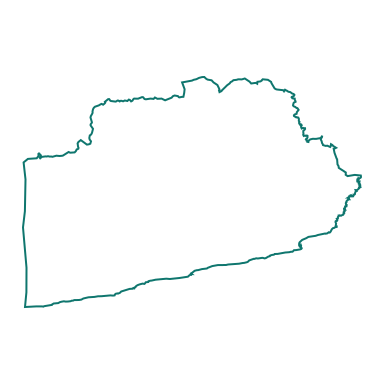 the district of Komenda-edina-eguafo-abirem Municipal, Central, Ghana
{"feature_id": "2480657B89828953333594", "entity_name": "Komenda-edina-eguafo-abirem Municipal", "entity_type": "district", "adm_level": 2, "iso_a3": "GHA", "parent_name": "Ghana", "parent_adm1": "Central", "projection": "mercator", "projection_center": [-1.414, 5.13], "detail": "fine", "context": "isolated", "style": "outline", "palette": "teal", "viewbox_px": 384, "rotation_deg": 0, "n_neighbors": 0, "source": "geoboundaries", "source_scale": "gbopen_adm2", "svg_char_len": 5938}
<svg xmlns="http://www.w3.org/2000/svg" viewBox="0 0 384 384"><path d="M25.0,307.0L36.3,306.4L41.9,306.4L43.5,306.6L44.1,306.2L51.9,304.9L52.0,304.5L53.7,303.5L58.2,303.1L60.0,302.1L61.6,301.7L63.9,301.3L65.7,301.6L68.1,301.5L70.6,301.2L71.7,300.7L72.9,300.7L74.2,300.1L79.0,300.0L81.4,299.6L83.3,298.5L88.4,297.3L94.5,296.9L97.9,296.3L101.7,296.2L110.4,295.4L113.0,295.6L114.6,295.4L115.0,294.4L115.9,293.7L117.7,293.4L118.0,293.6L119.8,292.9L121.2,291.5L129.6,288.9L132.8,288.7L133.2,288.0L133.6,287.9L134.4,288.3L134.8,287.3L135.6,287.0L136.2,286.0L137.7,285.1L139.6,284.4L142.6,283.6L144.4,283.9L144.9,283.5L145.7,282.3L148.3,282.0L148.5,281.2L150.3,280.7L151.5,280.6L155.6,279.7L166.3,278.7L169.9,279.0L179.4,278.0L187.9,276.7L189.5,275.2L190.1,274.9L190.9,274.9L190.8,274.1L191.7,274.1L191.3,273.8L191.2,273.3L192.4,272.6L194.6,270.8L196.8,270.2L198.2,270.1L201.9,269.1L206.9,268.5L207.8,267.8L212.2,266.1L217.7,265.1L226.0,265.0L228.1,264.5L239.1,263.7L242.7,263.0L244.1,262.9L247.0,262.2L248.0,261.7L249.2,260.4L253.8,258.8L254.4,258.9L256.2,258.3L257.8,258.5L261.8,257.9L262.9,257.9L264.6,258.4L265.8,258.1L268.3,256.6L269.8,256.2L269.9,255.7L270.2,255.5L272.2,254.9L273.9,254.7L274.7,254.0L277.7,253.9L285.3,252.5L289.3,252.2L291.1,251.7L292.1,251.8L292.7,251.6L294.0,250.2L296.1,250.1L300.1,249.4L301.3,248.9L301.7,248.2L300.8,247.5L301.1,245.7L300.9,245.2L300.3,246.5L299.7,246.5L299.1,245.2L299.2,243.2L299.7,242.2L302.2,239.9L306.2,238.2L308.4,236.9L315.7,235.8L317.9,235.0L325.1,233.5L325.5,233.7L327.2,233.4L328.7,232.3L329.3,232.6L330.0,232.4L330.7,231.5L331.8,229.3L332.9,228.2L334.2,227.9L334.7,227.4L336.7,226.9L336.7,226.4L336.3,226.4L335.7,225.7L336.1,223.6L335.5,222.1L335.6,221.3L336.1,220.9L336.8,221.0L337.3,220.3L337.4,219.9L336.8,218.8L337.9,218.3L337.9,217.0L338.7,216.2L338.6,215.5L339.9,215.3L340.4,215.7L341.2,215.7L342.4,214.9L343.0,214.9L343.5,214.4L343.5,213.7L344.1,213.2L343.9,212.9L344.1,212.5L343.7,212.1L344.7,211.1L344.2,210.3L344.1,209.1L345.1,209.4L344.6,208.1L345.2,207.5L345.1,206.6L345.6,206.6L345.9,206.0L346.5,206.1L346.7,204.9L346.0,204.3L345.8,203.2L346.4,202.3L346.2,202.1L346.6,201.1L347.4,200.4L347.6,199.9L348.3,199.7L348.2,199.0L349.1,199.1L348.7,198.5L349.0,197.9L348.9,197.5L348.2,197.5L348.8,197.1L349.2,196.2L350.0,196.2L350.4,195.3L351.0,195.2L351.3,196.3L351.9,196.0L352.3,196.4L353.2,196.3L353.5,194.7L354.0,194.9L354.9,194.2L355.1,192.8L355.6,191.8L355.6,191.2L356.5,191.0L355.9,190.1L357.0,190.2L359.0,188.4L358.9,187.6L359.1,187.3L359.7,187.6L360.5,187.1L360.1,186.4L360.3,185.1L360.1,184.8L359.4,185.4L359.2,185.0L359.8,184.0L359.7,183.5L359.2,183.1L358.7,183.2L358.7,182.3L359.4,181.9L359.5,181.5L357.9,181.6L358.0,180.8L357.3,181.0L357.3,180.4L357.9,180.0L357.3,179.7L357.4,179.2L358.0,179.0L358.3,178.2L358.9,178.8L360.7,177.6L361.0,177.0L360.8,175.5L354.7,174.9L347.6,176.1L345.7,174.8L345.8,172.5L338.8,167.9L338.5,166.0L337.5,164.4L337.1,159.2L336.7,158.8L334.5,152.8L333.7,148.8L334.1,148.8L336.1,147.8L333.2,146.0L332.4,145.0L331.0,144.2L330.7,146.3L330.2,147.0L327.3,145.7L325.7,145.9L323.0,145.1L322.8,144.2L322.1,143.2L321.6,141.1L320.8,139.5L320.8,139.0L322.0,137.1L322.2,135.7L321.2,137.5L320.4,138.1L316.0,138.9L312.8,138.8L310.2,139.4L308.6,140.7L308.4,142.0L307.3,141.8L307.3,141.2L306.5,140.6L306.7,140.1L306.6,139.5L306.0,139.2L306.3,138.7L307.0,138.5L307.5,137.5L307.5,135.8L306.9,135.5L306.4,135.8L305.6,135.6L305.2,135.9L304.6,135.8L304.1,135.5L303.7,135.8L303.2,134.8L303.5,133.6L303.3,132.7L303.3,130.9L304.8,129.5L305.1,128.9L305.0,128.2L304.0,128.2L303.0,127.9L301.7,128.5L301.1,127.2L301.1,126.2L301.7,125.5L301.4,124.6L300.9,124.3L300.3,125.0L299.2,123.5L299.1,122.6L299.5,121.9L298.8,120.9L298.9,118.9L298.3,117.6L297.6,117.6L296.8,117.1L296.2,117.4L294.0,116.0L293.9,115.3L294.6,114.5L296.6,113.8L296.8,112.2L298.6,109.9L297.4,108.1L296.7,108.1L295.2,106.9L294.1,106.5L293.4,106.0L293.0,105.3L293.6,103.0L294.0,102.5L295.6,101.8L295.5,101.2L294.7,99.6L294.7,98.6L292.4,98.3L291.6,97.2L291.8,96.9L293.8,96.0L294.3,95.3L294.4,94.8L293.6,94.0L292.1,93.5L290.3,92.1L288.3,91.7L286.9,90.7L285.9,90.4L285.5,89.9L285.0,89.7L284.0,91.3L283.2,90.2L276.9,89.5L275.7,89.1L274.6,88.4L271.5,83.2L271.1,81.9L267.9,79.8L262.7,79.3L261.8,80.2L261.8,80.5L260.5,81.4L257.4,81.8L257.2,83.7L256.2,83.1L255.4,82.9L251.2,83.5L249.5,81.6L244.8,78.5L241.8,79.4L238.2,79.3L236.7,79.8L233.4,80.2L232.2,81.3L230.6,82.1L229.7,83.4L227.2,85.2L221.8,90.5L221.5,91.1L219.5,92.1L219.0,90.3L219.5,89.9L219.4,89.2L217.4,85.0L213.5,82.4L211.6,80.3L207.6,79.6L206.2,78.8L204.3,77.0L202.0,77.1L199.0,77.9L196.4,79.2L193.7,79.8L192.0,80.6L182.1,82.4L184.6,89.2L184.2,92.9L183.4,96.8L181.7,96.9L179.5,97.4L178.8,97.2L177.9,96.1L174.6,95.5L172.9,96.2L171.6,97.7L165.1,100.3L161.6,98.6L157.4,98.8L154.9,97.5L153.6,98.9L150.5,98.6L145.9,99.3L144.5,99.0L143.2,97.3L142.1,97.1L138.0,98.7L134.1,98.6L133.4,99.1L132.4,100.7L131.1,101.4L129.8,99.9L128.8,99.6L127.4,101.0L124.8,100.5L123.1,101.3L121.4,100.8L120.1,100.9L119.7,101.4L118.1,100.5L117.6,100.5L116.0,101.5L115.5,101.6L110.9,101.0L110.3,100.7L109.2,99.1L108.2,99.1L104.9,101.8L105.3,102.5L105.2,102.8L104.4,103.7L103.1,104.7L101.7,103.9L100.6,104.3L98.8,105.4L95.0,106.7L93.8,107.8L93.0,109.3L92.5,111.5L92.6,112.4L92.4,113.4L90.8,116.2L90.5,117.6L91.9,122.2L91.9,122.6L90.6,124.4L90.6,125.4L93.0,128.8L92.0,132.8L91.2,134.4L90.3,135.2L89.8,135.4L89.3,138.0L89.7,139.6L91.0,141.3L90.3,143.7L88.9,144.3L86.9,144.6L80.8,140.1L78.4,142.0L77.6,143.4L78.1,146.9L78.5,147.7L78.4,148.6L77.8,149.1L76.7,149.4L75.8,151.2L74.6,152.4L70.2,152.7L68.6,152.0L62.9,155.6L61.9,155.8L59.4,156.0L56.4,155.7L52.4,156.8L51.2,156.5L49.8,156.6L48.0,156.2L46.7,156.5L45.4,156.4L41.8,156.9L40.2,158.3L39.8,157.8L40.9,155.6L40.7,155.1L39.9,154.6L39.4,153.6L39.0,153.4L38.4,153.9L38.5,155.4L38.3,156.3L36.7,158.3L27.9,158.9L23.6,162.4L25.5,179.4L24.9,211.2L23.0,227.4L26.5,267.7L26.4,292.4L25.0,307.0Z" fill="none" stroke="#0f766e" stroke-width="2"/></svg>